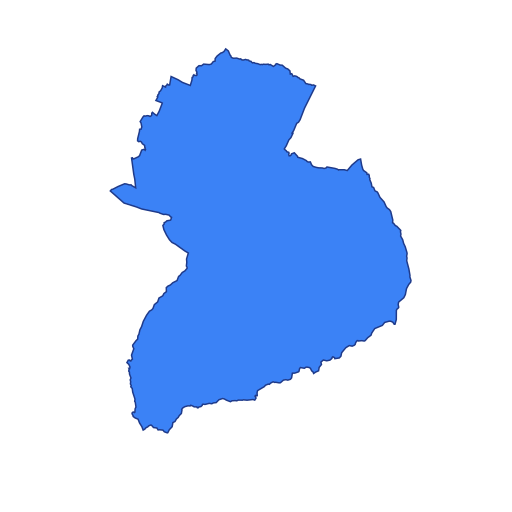 Buda, Buzau, Romania (Natural Earth projection), rotated 283°
{"feature_id": "2599482B42882340443121", "entity_name": "Buda", "entity_type": "district", "adm_level": 2, "iso_a3": "ROU", "parent_name": "Romania", "parent_adm1": "Buzau", "projection": "natural_earth1", "projection_center": [26.899, 45.501], "detail": "fine", "context": "isolated", "style": "filled", "palette": "blue", "viewbox_px": 512, "rotation_deg": 283, "n_neighbors": 0, "source": "geoboundaries", "source_scale": "gbopen_adm2", "svg_char_len": 6111}
<svg xmlns="http://www.w3.org/2000/svg" viewBox="0 0 512 512"><g transform="rotate(283 256 256)"><path d="M265.3,412.6L267.1,412.5L270.3,410.6L271.7,410.4L277.7,407.9L285.3,403.9L288.0,403.6L289.7,402.8L292.2,402.7L293.3,402.3L298.6,399.3L301.5,397.0L304.8,395.3L308.0,392.4L309.9,392.3L312.1,391.3L313.5,391.3L316.7,386.4L316.9,385.0L318.9,382.6L319.1,381.6L321.8,381.2L329.6,377.3L331.2,375.6L332.3,373.0L333.4,371.7L337.5,368.6L341.0,363.6L345.0,360.5L345.8,359.5L346.1,357.6L346.6,357.0L349.2,355.2L349.5,353.4L352.9,351.9L356.1,349.6L357.1,349.6L358.2,348.7L360.0,348.2L361.0,347.4L360.5,345.9L362.0,345.2L363.5,341.6L364.5,340.6L368.3,338.5L374.0,336.1L372.7,333.8L366.4,329.1L359.8,325.7L359.9,322.5L358.7,317.3L358.4,317.1L358.9,315.7L359.1,313.3L358.7,305.1L357.6,304.5L356.9,303.4L356.6,302.6L356.7,300.7L356.0,297.3L355.9,294.9L356.1,291.6L357.4,289.6L359.9,287.8L359.3,285.8L359.6,284.4L360.2,283.8L361.4,279.4L361.6,274.5L362.5,274.0L365.2,270.1L363.5,267.6L362.1,267.4L361.3,266.7L361.1,265.7L362.4,265.0L363.6,265.1L364.4,264.6L364.5,262.6L365.3,261.9L366.4,259.7L366.8,259.5L370.2,260.7L376.5,261.9L379.2,263.4L380.6,263.7L383.9,264.4L383.9,263.5L386.7,264.5L394.4,265.8L395.9,267.3L398.7,268.3L410.9,270.0L435.1,275.8L435.6,273.6L434.9,271.8L435.4,271.0L435.3,269.5L435.0,268.8L435.3,267.9L435.2,265.8L438.0,262.8L438.5,258.9L439.4,257.6L439.3,256.7L440.0,255.7L440.2,254.7L440.2,253.1L439.4,251.8L441.7,249.8L441.0,248.5L444.0,247.4L445.4,244.9L445.7,242.6L447.8,238.7L447.5,236.5L448.1,233.1L447.3,232.0L446.7,232.1L444.6,230.3L445.8,226.8L445.2,225.7L445.7,224.8L444.9,222.4L444.5,219.9L443.9,219.1L443.9,218.0L443.4,217.0L443.8,214.4L443.6,211.9L444.0,210.5L443.4,209.1L444.0,207.9L444.5,207.5L444.5,205.5L445.2,204.8L445.2,204.3L445.0,202.6L445.2,201.7L444.0,199.3L444.0,197.6L444.7,196.8L444.2,195.8L444.5,192.7L443.6,189.5L443.8,187.9L444.3,187.0L445.3,186.5L445.9,185.6L449.6,182.9L451.0,179.9L448.0,178.8L446.5,177.3L445.9,176.1L442.1,173.1L439.2,171.8L436.7,172.3L435.8,170.6L433.0,169.3L432.0,167.5L431.2,161.8L429.2,160.2L428.6,157.6L425.6,155.5L423.3,155.8L421.8,157.1L420.3,157.1L420.1,157.6L419.1,157.8L418.4,157.3L418.2,155.2L418.6,154.7L417.8,154.2L416.6,154.3L415.8,154.0L415.6,153.6L412.9,154.0L407.4,153.6L408.6,145.2L410.2,140.5L411.8,132.9L403.3,133.4L402.9,132.6L403.5,130.9L402.3,130.6L400.9,129.5L400.3,129.7L400.9,126.7L398.6,126.8L395.4,125.8L394.0,124.7L392.4,124.9L390.7,124.1L389.7,124.4L389.2,123.9L388.4,124.5L385.0,123.5L384.2,129.4L383.9,130.3L375.3,129.1L370.5,127.8L371.4,125.3L372.7,122.8L371.7,122.3L369.8,122.7L368.3,121.8L368.1,120.7L368.5,120.2L368.3,118.5L367.3,116.4L367.4,115.4L366.1,114.6L360.9,112.9L359.7,114.1L356.1,115.7L353.7,115.5L353.3,114.1L351.2,114.4L343.8,114.3L341.6,114.7L341.0,116.1L341.7,117.3L341.6,117.9L341.2,118.8L339.9,119.9L338.7,122.6L336.8,123.2L336.4,123.7L335.8,123.7L335.0,124.4L334.1,124.2L334.7,123.3L334.6,122.6L333.5,120.8L327.6,120.0L326.1,118.9L323.1,115.0L323.0,114.4L323.9,113.5L323.5,112.7L308.2,118.5L303.6,120.6L295.4,123.4L296.6,119.2L297.2,118.4L296.8,116.4L297.0,113.5L296.8,111.7L292.7,106.0L288.8,101.4L288.3,100.3L286.6,99.4L277.9,115.5L276.9,128.5L276.1,134.0L276.5,151.8L276.1,152.7L275.7,156.6L276.3,158.6L276.3,162.1L274.9,164.1L274.7,165.0L272.0,164.8L271.6,164.5L270.3,161.3L268.7,160.2L267.8,159.0L266.6,159.3L264.8,158.4L261.0,160.3L256.3,164.1L252.4,168.0L250.3,171.1L249.4,174.8L244.9,185.5L243.7,189.4L237.4,189.0L234.2,190.0L230.6,190.4L229.5,191.4L228.4,191.6L225.4,190.0L223.3,187.8L220.1,186.4L218.7,185.2L214.3,184.6L211.2,180.9L208.5,179.1L206.9,177.0L205.0,175.7L201.1,176.7L198.7,174.7L196.2,174.1L193.2,170.9L189.1,170.5L185.8,167.9L181.6,167.4L179.9,166.4L178.3,164.6L173.7,162.7L167.0,160.9L161.4,160.4L158.0,159.5L153.4,159.5L151.4,158.9L148.4,159.4L146.6,158.2L141.4,155.9L140.3,156.2L138.1,157.8L131.4,157.0L127.6,158.8L126.7,158.0L125.7,157.8L125.4,157.1L126.2,156.2L125.8,155.0L123.1,154.2L121.8,156.4L119.5,158.2L118.3,158.2L118.0,157.4L117.4,158.1L116.9,157.8L115.2,157.9L114.4,158.8L112.5,159.3L109.0,161.6L107.0,161.3L105.3,162.2L103.1,162.4L101.7,163.6L100.4,163.4L99.1,165.2L95.6,166.5L89.3,170.3L87.1,170.5L86.3,171.3L81.8,173.0L80.0,172.6L76.5,173.1L76.1,172.8L76.4,171.4L75.3,170.6L74.4,170.7L72.6,172.3L72.0,172.4L71.0,174.7L70.5,177.8L67.1,180.1L64.0,183.2L61.0,185.2L62.3,186.6L64.0,187.5L65.1,188.9L66.4,189.7L67.7,191.6L67.5,192.4L65.8,194.7L66.1,198.1L64.5,199.7L65.0,201.1L65.4,204.5L64.1,206.2L63.7,209.3L64.0,209.8L67.2,210.6L70.8,212.7L75.0,212.5L76.5,214.3L79.3,215.1L81.2,216.5L83.2,217.1L85.8,218.7L89.4,218.5L89.8,218.1L91.2,218.6L93.1,220.4L94.7,223.4L95.1,225.6L95.9,226.0L95.6,228.1L95.1,229.7L95.7,232.3L95.0,232.8L94.9,233.6L96.0,234.3L96.9,236.2L98.4,237.2L99.3,237.2L99.7,237.7L99.9,239.7L101.9,243.6L102.1,246.2L103.3,247.6L104.2,250.2L107.6,252.2L109.6,255.5L109.6,257.3L108.9,259.5L108.3,263.9L109.5,265.1L110.4,268.1L110.6,269.9L111.6,271.1L112.5,275.3L113.0,276.0L113.5,279.7L115.5,285.4L115.3,287.2L117.6,288.0L119.2,286.6L119.7,286.7L120.1,287.0L119.9,288.3L120.2,288.6L122.9,287.8L125.2,287.8L130.6,293.5L132.2,294.3L133.9,296.7L134.0,297.9L135.3,298.7L136.9,300.5L137.3,301.2L137.0,302.4L137.4,303.6L137.6,307.1L138.0,308.3L141.2,310.6L142.2,312.9L142.2,314.9L143.6,317.3L145.3,318.1L150.0,317.8L150.6,320.1L152.7,323.5L153.1,323.8L156.1,323.8L157.3,324.4L157.5,328.4L158.8,329.6L159.2,330.6L159.3,333.0L158.8,334.3L156.6,336.1L155.9,337.6L154.5,338.6L156.3,340.2L158.2,342.8L161.7,342.6L165.0,344.2L167.2,343.1L169.8,345.0L169.8,348.5L171.2,351.5L173.3,353.0L174.4,353.0L175.1,353.6L174.6,355.4L173.7,355.9L175.4,360.1L177.5,361.3L181.0,361.2L186.8,364.1L189.7,367.0L189.8,370.0L191.1,371.8L192.1,372.5L194.1,372.6L196.3,373.6L196.5,374.3L196.2,374.8L197.3,378.1L197.5,380.6L198.1,381.4L201.5,383.2L204.7,385.9L207.0,386.1L212.0,388.0L216.8,394.7L220.2,396.3L222.5,400.5L222.7,402.1L222.3,404.2L220.6,406.0L220.8,406.8L225.7,407.0L234.6,405.0L235.9,405.3L237.4,406.4L238.2,406.6L240.6,405.5L242.8,405.3L243.4,405.5L248.6,409.4L252.0,410.2L258.1,410.0L262.6,411.2L265.3,412.6Z" fill="#3b82f6" stroke="#1e3a8a" stroke-width="1.5"/></g></svg>